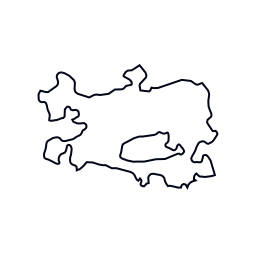 SVG path tracing the border of Álava, rotated 336°
{"feature_id": "ESP-5801", "entity_name": "Álava", "entity_type": "Autonomous Community", "adm_level": 1, "iso_a3": "ESP", "parent_name": "Spain", "parent_adm1": "", "projection": "equal_earth", "projection_center": [-2.779, 42.851], "detail": "fine", "context": "isolated", "style": "outline", "palette": "ink", "viewbox_px": 256, "rotation_deg": 336, "n_neighbors": 0, "source": "natural_earth", "source_scale": "10m", "svg_char_len": 4031}
<svg xmlns="http://www.w3.org/2000/svg" viewBox="0 0 256 256"><g transform="rotate(336 128 128)"><path d="M116.0,180.4L115.0,178.7L114.8,175.9L114.8,173.7L114.0,171.1L112.2,169.0L101.1,160.0L96.8,158.1L92.5,152.9L89.8,151.7L86.6,149.5L81.8,145.2L76.4,142.4L71.2,144.8L66.8,146.1L66.1,145.8L64.0,145.8L64.7,144.1L65.2,142.2L64.3,140.6L63.1,139.6L62.1,138.3L61.4,136.9L61.5,135.2L62.1,133.5L63.2,131.4L65.1,129.1L66.9,126.2L68.1,124.0L68.4,121.5L67.8,119.9L66.6,119.1L65.1,119.5L62.7,122.8L61.5,124.0L60.2,124.8L56.9,124.7L55.3,125.0L54.0,125.8L52.8,126.9L52.0,128.3L51.4,129.6L51.5,130.9L51.2,132.0L50.3,132.5L49.1,132.1L47.9,131.2L42.7,124.7L40.3,122.6L39.6,121.3L39.8,119.8L40.4,118.3L41.3,116.8L43.7,114.3L45.7,111.5L46.5,110.0L47.6,108.5L49.2,107.3L55.2,106.6L57.3,107.0L59.0,107.5L60.5,108.3L61.5,109.4L62.3,112.3L63.3,113.4L64.6,114.1L66.2,114.6L69.5,115.1L71.2,115.5L72.8,115.7L74.4,115.7L77.2,115.1L80.8,115.0L82.2,114.7L83.5,113.8L85.7,111.8L87.0,111.8L89.3,111.1L90.2,110.5L90.7,109.5L91.1,108.3L90.8,107.1L90.0,105.7L85.1,104.0L82.9,102.6L81.4,100.9L80.5,99.7L80.5,97.7L82.6,97.8L85.8,97.3L86.9,97.3L87.3,97.2L87.7,96.9L88.4,96.1L89.0,94.7L89.4,92.9L89.0,91.6L87.7,90.2L84.5,89.2L83.3,87.9L83.2,86.6L83.2,85.3L82.4,84.4L81.0,83.8L77.9,85.3L74.7,91.8L72.8,92.5L71.6,92.1L66.6,91.8L61.4,90.4L60.0,89.8L59.2,88.9L59.9,87.5L60.9,86.1L62.0,83.7L62.1,78.4L63.0,74.4L63.2,71.8L62.2,70.2L59.3,69.1L58.3,67.8L58.0,65.8L59.3,62.3L60.2,60.6L63.2,58.3L67.5,61.7L69.6,62.7L79.9,60.6L81.9,59.3L83.0,57.2L83.6,52.5L84.7,50.7L87.4,49.5L89.9,50.2L92.3,52.1L95.7,56.5L98.1,62.4L98.0,64.9L95.0,70.7L94.6,73.6L96.0,76.3L105.0,84.3L110.5,84.0L112.5,84.5L116.2,86.6L124.2,88.9L131.6,87.5L138.5,90.3L140.3,90.1L143.5,88.8L148.2,89.8L148.8,89.8L149.4,89.3L150.0,87.0L149.1,84.4L145.3,79.4L145.1,78.7L145.4,78.1L148.7,75.9L151.2,75.5L155.0,76.8L164.1,75.4L166.5,84.4L166.3,87.2L165.0,89.1L156.9,92.6L155.8,94.0L154.6,98.7L162.0,103.1L162.7,103.1L163.7,102.7L165.6,100.9L166.1,100.7L167.1,101.7L171.5,103.6L196.7,105.9L204.6,110.6L207.7,115.7L209.2,116.8L214.0,117.0L216.4,126.2L216.3,128.2L215.8,130.4L212.3,136.1L210.4,141.1L210.1,144.4L210.0,148.1L209.6,150.0L208.7,151.4L204.0,152.9L202.6,154.9L202.6,156.7L204.1,165.1L205.0,165.7L206.8,166.2L207.3,167.5L207.4,169.5L206.4,170.7L201.3,174.0L199.6,174.7L198.0,175.0L194.9,175.1L193.8,174.2L192.4,171.8L191.6,171.0L190.7,170.5L189.2,170.2L187.7,170.1L186.1,170.7L182.7,173.4L180.5,175.8L177.2,178.4L175.8,179.3L173.4,181.4L173.1,183.1L173.3,184.6L174.2,185.8L175.3,186.6L176.7,186.9L179.3,188.4L180.7,188.8L182.1,188.2L185.5,183.8L186.9,183.9L188.2,184.4L189.1,185.6L189.5,187.1L190.2,191.3L188.7,203.0L188.2,206.4L184.6,205.9L178.6,204.1L173.6,201.3L171.9,197.4L170.4,197.9L169.1,198.8L168.1,200.2L167.3,201.9L167.7,202.4L167.9,202.6L168.1,202.8L168.4,203.4L165.1,203.0L162.4,203.3L160.0,204.5L158.0,206.5L157.7,203.1L156.0,201.8L154.1,202.0L153.2,202.7L152.1,204.0L149.7,202.9L143.7,198.4L142.1,197.5L140.8,197.3L140.2,193.9L140.3,190.6L140.7,189.1L140.6,187.6L140.0,185.8L138.2,184.0L132.4,180.0L130.1,179.4L127.6,180.3L126.3,181.6L125.7,183.2L124.5,186.7L122.2,186.4L120.1,187.4L118.9,187.8L117.6,187.0L116.6,185.7L116.6,184.4L118.6,182.2L119.0,181.0L118.4,179.0L116.0,180.4ZM150.6,145.1L148.5,144.8L138.0,141.8L135.6,140.7L133.7,140.2L129.2,139.8L118.3,140.5L116.5,140.9L115.5,142.0L112.0,147.2L109.6,149.9L109.2,151.4L110.0,153.3L114.2,157.4L118.7,160.7L129.2,165.3L140.8,167.9L149.3,171.4L162.5,171.7L163.6,172.0L164.5,172.4L164.9,173.3L165.6,173.9L167.7,173.6L169.5,172.6L169.9,171.7L169.7,168.9L169.0,167.0L168.8,165.5L168.3,164.3L167.7,163.6L166.6,163.8L165.7,164.4L164.1,166.2L163.1,166.8L162.0,167.2L160.9,167.0L159.9,166.3L158.2,163.9L157.4,163.0L156.5,162.1L155.6,161.2L155.0,160.3L155.1,159.3L155.4,158.4L156.3,157.8L158.4,157.2L159.3,156.6L160.0,155.7L161.6,152.6L161.9,151.6L162.3,150.6L162.6,148.8L162.0,148.1L160.3,148.2L158.8,147.9L157.3,146.9L156.4,146.0L155.7,145.0L154.8,144.4L153.7,144.3L152.3,144.9L150.6,145.1Z" fill="none" stroke="#020617" stroke-width="2"/></g></svg>